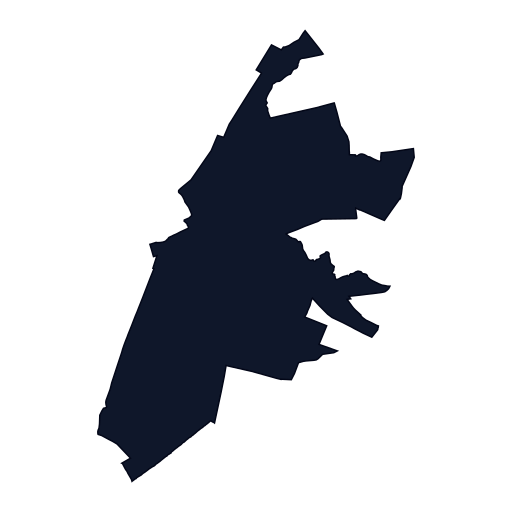 Niculesti, Dâmbovita, Romania (Equal Earth projection)
{"feature_id": "2599482B73950488688703", "entity_name": "Niculesti", "entity_type": "district", "adm_level": 2, "iso_a3": "ROU", "parent_name": "Romania", "parent_adm1": "Dâmbovita", "projection": "equal_earth", "projection_center": [25.943, 44.679], "detail": "fine", "context": "isolated", "style": "filled", "palette": "ink", "viewbox_px": 512, "rotation_deg": 0, "n_neighbors": 0, "source": "geoboundaries", "source_scale": "gbopen_adm2", "svg_char_len": 6055}
<svg xmlns="http://www.w3.org/2000/svg" viewBox="0 0 512 512"><path d="M103.5,408.3L102.6,409.8L101.9,410.9L99.8,415.2L99.5,424.0L99.0,428.2L98.1,430.2L97.8,431.8L97.9,433.7L98.1,434.4L101.6,435.5L109.0,439.5L112.7,441.4L116.9,443.9L117.9,444.9L129.5,457.1L130.5,458.2L121.8,463.2L122.2,463.4L122.6,463.7L124.2,466.8L124.5,467.4L125.2,468.7L125.7,469.6L126.9,471.2L127.5,472.4L127.9,473.3L131.4,479.3L132.0,481.3L132.2,481.1L133.1,480.5L135.2,478.9L136.0,478.6L136.8,477.6L138.6,476.5L141.2,475.0L142.9,473.4L144.8,472.2L147.2,470.4L149.1,468.9L151.9,467.1L152.5,466.7L154.0,466.0L155.3,464.9L155.6,464.4L156.0,464.1L157.1,463.4L160.1,461.2L161.2,460.2L161.7,459.8L165.7,456.6L166.1,456.3L166.8,456.1L167.2,455.5L167.7,455.0L168.3,454.5L169.0,454.1L169.4,454.0L170.1,453.4L170.9,453.1L171.0,452.9L171.1,452.6L171.4,452.1L171.8,451.6L172.6,451.1L174.4,449.5L175.7,448.5L176.3,448.0L177.0,447.6L177.4,447.2L177.9,446.8L178.6,446.2L179.1,445.9L179.9,445.4L181.1,444.5L181.5,444.1L182.1,443.4L182.4,443.1L182.7,442.8L183.2,442.5L184.2,442.0L186.5,439.8L187.2,439.3L188.0,438.7L188.4,438.2L188.8,437.9L191.0,436.7L191.3,436.3L191.8,435.8L192.2,435.5L192.8,435.2L194.6,433.6L195.2,433.2L197.6,431.0L199.4,429.7L200.7,428.6L202.7,427.3L203.3,426.7L203.7,426.1L204.1,426.0L204.4,425.9L205.1,425.4L205.8,424.7L207.2,423.7L209.0,422.2L209.5,421.7L210.1,421.1L210.7,421.0L211.6,421.2L212.1,421.7L212.9,422.1L213.6,422.3L214.5,423.0L221.1,392.1L224.2,376.6L226.1,365.4L226.6,365.6L231.2,366.7L250.2,371.0L252.9,371.6L253.4,371.8L276.9,378.4L280.7,379.3L281.0,379.4L281.1,379.2L291.3,379.7L294.5,373.4L298.5,362.7L303.4,361.3L306.2,360.9L313.7,360.3L316.2,359.9L318.0,358.8L322.6,354.3L333.8,352.7L337.3,350.9L319.0,344.4L322.7,335.4L326.7,325.8L304.7,317.0L306.9,313.0L307.5,311.1L310.0,305.4L311.0,301.4L311.6,299.9L311.9,299.0L312.4,298.1L319.4,305.8L327.7,314.2L332.1,317.5L342.7,322.5L350.3,326.4L350.8,326.6L354.5,328.7L360.0,331.5L363.0,333.1L371.8,337.2L375.9,332.0L377.7,329.7L377.8,328.5L378.2,327.6L378.4,325.9L376.7,325.4L370.8,322.4L365.9,320.1L362.6,317.6L360.5,315.6L360.9,315.1L357.4,311.9L355.4,310.1L353.4,308.0L352.0,306.2L347.1,299.4L350.7,298.8L348.9,296.3L360.9,295.0L366.3,294.3L373.5,293.5L381.2,292.5L382.9,292.2L384.7,291.8L384.7,291.7L385.3,291.4L386.7,290.5L388.5,288.8L389.2,287.6L389.9,286.2L387.4,286.1L385.1,285.6L381.8,285.1L378.7,283.8L372.4,280.7L370.1,279.4L367.7,277.2L367.2,275.5L366.4,274.5L365.1,274.0L362.6,273.6L360.9,271.7L358.0,271.1L355.7,271.9L354.2,273.0L352.1,273.8L350.6,273.8L350.2,274.3L349.7,274.7L349.4,275.1L349.3,275.9L348.7,276.2L348.1,276.2L347.9,275.9L347.2,275.4L346.7,275.8L345.1,276.1L343.0,276.7L341.2,277.5L338.8,278.9L337.0,279.5L335.8,279.3L335.2,277.9L335.1,276.6L334.7,276.1L334.5,275.7L334.7,275.3L334.8,274.8L334.4,274.3L332.8,273.9L332.4,273.7L332.1,273.1L332.6,272.0L333.7,270.2L333.8,268.5L334.2,267.0L334.2,266.4L333.3,265.8L332.2,264.9L331.0,263.8L330.5,263.0L330.2,261.8L330.0,259.8L329.5,257.9L329.1,256.5L329.0,255.3L329.1,253.9L328.5,252.6L327.5,252.0L326.5,251.9L325.9,252.1L324.9,253.4L321.9,254.8L320.3,255.7L320.1,256.1L320.2,256.7L320.6,257.6L320.6,257.8L319.2,258.8L317.9,259.3L316.6,259.5L315.9,260.2L315.4,261.0L314.9,261.3L314.1,261.2L313.0,259.8L311.4,260.3L310.3,260.3L309.2,259.9L307.7,258.5L306.1,254.9L304.8,252.4L303.6,250.8L302.7,249.1L302.2,245.1L301.6,243.7L300.4,241.6L299.5,241.5L298.3,241.9L297.3,240.8L296.5,239.9L295.8,239.2L294.3,238.7L291.9,238.1L291.1,237.5L290.2,237.3L288.3,235.7L286.9,234.6L286.1,234.1L286.1,233.8L289.3,232.5L297.3,229.5L304.5,226.4L318.1,221.3L321.8,219.1L356.2,218.6L356.3,218.5L356.8,218.1L355.7,209.5L355.7,208.1L359.5,209.9L359.7,209.7L381.9,219.4L384.4,220.4L391.4,210.4L399.6,198.9L399.9,199.1L400.4,198.3L401.4,193.6L402.1,187.9L402.2,185.7L402.5,185.5L410.9,166.6L414.2,157.4L413.4,148.6L391.7,151.8L381.2,152.8L380.8,157.2L380.9,159.2L380.8,160.5L379.8,161.3L378.1,160.9L376.6,160.3L373.4,158.9L369.9,157.0L367.8,156.6L365.5,155.2L364.0,154.5L362.0,154.0L360.4,154.1L359.0,154.7L357.5,155.8L355.4,156.0L355.4,155.2L355.4,154.9L354.7,154.8L353.1,154.8L350.6,154.7L349.4,154.7L349.3,153.6L349.4,152.6L349.2,150.5L349.1,145.4L348.9,141.8L347.1,136.1L341.4,127.3L340.5,126.3L337.0,112.6L336.2,109.8L334.3,103.1L334.2,102.9L316.4,107.7L270.3,118.1L269.0,115.0L267.8,111.4L267.6,110.2L267.7,108.5L265.6,105.2L267.2,102.9L266.1,100.9L265.9,99.8L266.5,97.5L267.5,95.2L269.0,92.3L271.4,88.6L271.9,87.2L272.2,85.1L272.8,83.9L274.4,83.1L275.7,82.0L277.1,81.5L279.6,81.2L281.7,79.8L284.0,77.7L286.5,75.8L288.7,74.6L290.4,74.2L291.4,72.8L292.2,71.0L293.2,69.8L294.0,69.1L295.8,68.6L297.1,67.5L297.9,65.6L297.9,63.7L298.6,62.6L299.1,60.3L300.0,59.4L301.5,58.4L305.0,58.0L321.7,54.6L323.1,54.0L319.0,48.3L305.1,30.7L303.3,33.0L299.0,39.7L293.9,42.3L289.2,45.5L285.2,47.0L283.4,47.1L281.3,49.9L271.5,44.9L256.2,69.9L261.4,73.0L261.4,73.4L250.3,90.7L239.6,107.7L231.8,120.3L229.3,124.1L226.9,129.8L223.7,137.3L217.6,135.5L211.2,150.7L191.0,179.9L180.5,188.6L178.7,190.4L178.6,191.2L178.6,192.0L178.9,192.6L180.6,194.0L181.7,195.1L182.7,196.6L184.3,199.8L185.0,202.0L188.6,207.0L190.4,211.0L191.6,214.1L191.5,215.8L189.0,218.0L184.3,220.0L184.1,221.1L186.9,223.6L187.6,225.7L188.5,226.6L188.3,228.1L187.5,228.6L180.2,232.0L176.8,233.8L175.7,234.3L175.3,234.5L174.0,235.0L172.6,235.7L171.9,236.1L170.5,236.7L170.2,236.9L169.6,237.1L168.9,237.5L168.5,237.9L168.4,238.3L168.5,238.7L167.8,238.9L166.4,240.3L166.1,240.7L165.2,241.3L164.2,241.7L162.9,242.1L160.4,242.5L158.3,242.6L157.1,242.6L156.2,242.4L155.7,242.5L154.9,242.8L152.6,243.5L151.8,243.8L149.9,244.3L151.3,248.9L153.5,256.6L156.9,255.6L156.3,257.6L152.9,268.3L154.0,268.7L150.1,278.4L145.9,289.3L142.4,298.4L140.3,303.7L138.7,307.7L137.2,311.6L135.3,316.1L131.8,325.2L128.4,333.7L128.1,334.4L127.1,337.2L125.9,340.1L124.1,344.9L122.8,348.7L122.6,349.3L121.8,352.2L120.9,355.0L117.4,365.5L113.9,376.2L111.7,382.9L110.9,386.3L110.2,389.1L109.5,391.1L106.1,400.3L105.8,402.2L106.0,404.4L106.5,406.4L106.5,407.3L106.2,407.6L103.5,408.3Z" fill="#0f172a" stroke="#020617" stroke-width="1.5"/></svg>